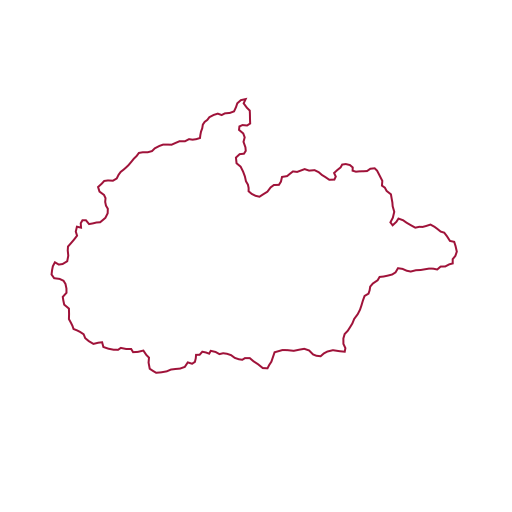 Antônio Carlos, Minas Gerais, Brazil (orthographic projection), rotated 290°
{"feature_id": "56859067B18820589356452", "entity_name": "Antônio Carlos", "entity_type": "district", "adm_level": 2, "iso_a3": "BRA", "parent_name": "Brazil", "parent_adm1": "Minas Gerais", "projection": "orthographic", "projection_center": [-43.752, -21.428], "detail": "fine", "context": "isolated", "style": "outline", "palette": "rose", "viewbox_px": 512, "rotation_deg": 290, "n_neighbors": 0, "source": "geoboundaries", "source_scale": "gbopen_adm2", "svg_char_len": 3768}
<svg xmlns="http://www.w3.org/2000/svg" viewBox="0 0 512 512"><g transform="rotate(290 256 256)"><path d="M399.9,192.6L397.3,188.5L393.1,186.2L389.1,186.3L384.4,185.9L381.5,182.5L379.4,178.0L376.7,175.5L376.7,171.4L374.1,168.0L370.5,164.7L367.2,163.7L364.5,161.9L361.3,161.1L357.6,161.8L354.0,161.8L350.8,162.3L347.7,163.0L345.3,159.8L343.6,156.6L342.9,153.1L339.5,150.0L337.7,144.9L334.8,141.8L331.7,138.6L330.2,134.1L328.9,130.6L326.4,127.6L322.6,124.1L319.0,122.4L316.4,118.7L314.8,114.2L312.8,110.7L309.1,109.6L305.6,107.9L301.8,106.6L297.7,105.1L294.7,103.6L291.8,102.0L288.8,100.1L285.4,99.1L281.2,98.6L277.8,95.8L276.4,91.1L274.6,87.7L271.2,86.3L266.8,84.0L263.0,86.9L261.4,92.3L258.9,94.8L255.2,95.8L252.0,97.8L249.7,100.6L245.4,102.0L240.3,101.4L237.3,99.7L234.4,98.0L232.9,94.6L230.8,91.5L228.9,88.2L231.4,84.0L230.2,80.7L226.8,80.1L222.8,81.9L222.3,77.7L217.3,78.3L213.9,80.9L208.9,79.3L204.4,77.6L200.6,76.1L196.8,77.2L192.1,79.5L186.5,80.4L182.3,77.0L180.5,73.6L181.3,69.2L176.9,68.6L173.0,69.2L168.7,70.2L166.1,73.9L167.3,79.3L166.9,83.6L164.6,86.5L160.6,89.0L156.6,90.5L151.5,88.4L148.4,90.1L144.7,92.4L142.6,98.2L137.5,100.2L132.7,101.8L129.9,105.0L127.6,107.4L125.0,109.5L124.9,113.2L124.5,116.6L123.5,120.8L120.4,123.6L118.8,128.0L117.8,133.3L120.6,137.5L122.3,140.9L118.3,143.7L118.4,148.9L119.2,154.1L120.7,158.5L123.4,160.4L124.2,165.8L125.9,170.5L123.6,173.4L125.5,177.8L128.6,182.5L125.5,186.8L123.9,190.2L119.1,191.5L113.7,194.7L112.8,198.4L112.1,202.1L114.2,206.6L117.1,211.6L120.2,214.9L122.3,219.0L124.2,223.1L127.4,227.0L132.7,228.3L132.9,232.8L135.6,234.8L139.2,234.4L142.6,233.5L143.9,236.8L147.7,238.3L148.2,241.9L148.2,245.4L151.4,245.9L152.0,250.8L151.3,255.2L153.4,258.4L154.2,262.2L154.3,266.5L153.0,270.9L153.1,275.2L153.8,278.6L156.3,280.6L157.9,285.1L156.2,289.7L155.0,294.9L153.0,300.7L154.4,305.2L158.2,305.7L161.9,306.6L166.8,306.5L171.9,306.4L174.7,310.3L176.6,312.9L178.2,317.4L179.8,323.9L183.0,329.1L185.3,333.1L185.4,338.2L183.0,343.3L182.9,346.8L183.9,351.0L187.7,353.1L190.6,355.7L193.8,360.5L195.1,367.0L196.4,372.1L200.0,371.5L203.3,368.2L208.4,366.3L213.0,366.0L217.1,367.8L221.1,368.7L225.5,369.6L230.5,369.8L236.2,371.5L241.1,372.1L245.5,372.0L250.7,371.7L255.6,371.7L259.1,374.6L262.6,374.5L266.3,373.8L270.1,375.2L274.8,378.6L278.6,379.3L280.3,382.8L282.4,386.2L285.2,390.3L288.3,392.7L293.1,393.6L294.0,398.1L293.7,402.6L294.3,406.7L297.3,411.1L299.2,415.6L301.2,419.1L303.4,423.0L304.7,426.8L305.3,430.9L309.2,433.1L310.9,437.4L314.3,440.5L316.3,443.4L320.3,441.9L324.3,443.3L328.8,443.2L333.6,440.1L337.1,437.4L336.5,433.1L339.8,428.8L342.3,424.9L342.1,421.2L343.5,417.1L344.5,413.7L345.2,409.2L342.3,405.5L340.3,402.6L339.3,399.5L337.1,396.0L337.9,390.9L338.8,386.0L339.9,382.0L339.9,377.1L336.1,376.2L331.6,373.9L333.6,370.8L338.8,371.5L344.8,370.8L349.5,367.4L353.0,365.8L355.9,364.1L360.1,361.7L361.8,356.5L364.3,353.7L365.2,350.3L369.8,349.0L374.1,344.4L377.6,340.6L379.0,337.5L377.1,333.6L373.8,331.3L372.3,327.8L371.0,324.4L369.4,321.1L369.2,317.6L372.3,316.6L373.6,313.1L373.1,308.9L371.4,305.7L368.2,305.2L364.4,302.9L360.7,301.0L357.9,303.8L354.6,303.5L352.7,298.8L353.9,294.1L354.7,290.2L356.2,286.3L356.7,281.7L354.4,276.7L354.3,272.0L351.3,268.5L349.1,265.9L348.1,261.8L345.1,259.9L341.7,257.9L339.2,253.4L334.4,254.0L330.7,253.2L328.8,248.5L325.5,246.3L320.3,244.7L316.5,241.7L312.9,239.0L312.4,235.0L312.9,230.7L314.3,226.9L317.4,225.8L320.3,224.0L322.8,221.0L326.9,218.4L330.9,215.0L334.7,211.0L336.5,206.0L341.6,203.5L346.1,205.8L348.0,209.7L351.3,210.4L354.5,208.9L359.0,205.2L363.6,204.8L366.8,202.1L368.7,196.9L372.1,196.1L374.4,198.5L375.6,203.0L378.5,205.2L382.7,203.5L387.4,201.7L390.5,200.4L392.2,196.7L395.2,192.2L399.9,192.6Z" fill="none" stroke="#9f1239" stroke-width="2"/></g></svg>